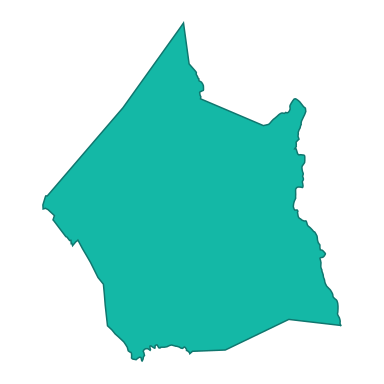 outline of Santo Domingo de Morelos, Oaxaca, Mexico
{"feature_id": "50627088B71726094382652", "entity_name": "Santo Domingo de Morelos", "entity_type": "district", "adm_level": 2, "iso_a3": "MEX", "parent_name": "Mexico", "parent_adm1": "Oaxaca", "projection": "equal_earth", "projection_center": [-96.614, 15.843], "detail": "fine", "context": "isolated", "style": "filled", "palette": "teal", "viewbox_px": 384, "rotation_deg": 0, "n_neighbors": 0, "source": "geoboundaries", "source_scale": "gbopen_adm2", "svg_char_len": 4271}
<svg xmlns="http://www.w3.org/2000/svg" viewBox="0 0 384 384"><path d="M305.4,108.2L304.9,107.7L304.1,107.2L303.0,106.0L302.0,104.7L300.9,103.3L299.9,102.0L298.5,100.7L296.4,99.2L295.5,98.8L294.2,99.0L292.9,100.6L291.4,102.9L290.1,105.3L289.9,106.5L290.2,109.0L289.4,110.9L288.4,112.3L287.0,112.9L286.3,112.6L285.7,112.4L285.2,112.8L284.3,113.4L283.4,113.2L282.6,113.0L281.4,113.1L280.2,113.7L278.8,114.7L277.1,116.3L275.0,118.1L273.3,119.4L271.5,121.3L270.3,122.8L268.6,124.4L263.4,125.6L200.5,98.8L200.7,97.9L200.8,96.6L200.1,95.3L199.8,93.5L199.6,92.6L199.8,92.1L200.7,91.6L202.5,90.7L203.3,90.4L203.5,89.8L203.5,88.0L203.4,85.8L203.0,84.7L202.5,83.7L201.5,82.2L200.4,81.5L199.5,81.1L199.0,80.7L198.9,80.1L198.9,78.9L197.8,77.7L197.6,76.7L196.3,74.5L196.2,73.7L196.4,72.8L195.9,71.7L189.1,63.9L183.5,23.0L178.3,30.4L171.7,39.6L123.0,107.7L47.3,195.9L45.8,195.9L45.4,196.7L42.9,204.9L43.1,209.0L45.5,208.3L48.0,209.6L54.4,215.6L53.0,219.9L53.3,220.1L65.8,236.6L67.0,237.1L69.6,240.5L70.9,240.3L71.2,243.6L71.8,243.4L72.6,245.7L73.2,244.9L74.5,243.4L75.3,242.4L76.2,241.5L77.3,240.8L77.9,240.1L82.5,248.7L86.8,256.0L90.5,262.4L98.0,277.5L103.4,284.2L104.3,293.7L105.2,304.9L106.4,315.9L107.5,325.8L111.9,329.9L115.2,334.0L118.4,336.8L123.8,341.9L125.9,345.0L126.1,345.4L127.3,347.3L127.9,349.6L128.2,350.8L129.8,352.0L130.7,352.3L130.8,352.3L131.2,352.9L131.5,353.6L131.6,355.4L131.6,356.6L131.5,357.7L131.5,358.0L131.8,358.3L132.4,358.9L133.1,359.2L134.1,359.3L136.1,359.7L137.6,358.4L139.4,357.2L140.4,357.3L141.0,357.6L141.7,360.7L142.1,361.0L142.7,360.0L143.1,359.0L143.4,357.1L143.9,356.2L144.5,355.5L143.8,352.5L143.2,351.3L143.6,350.2L145.5,348.7L147.7,348.7L148.8,349.3L150.1,350.3L150.5,349.7L150.0,347.8L149.9,346.4L150.2,345.9L151.1,346.0L152.7,347.1L154.2,348.0L154.8,348.2L155.0,347.9L155.1,346.6L155.1,345.7L155.6,345.3L156.8,344.8L157.3,345.2L158.0,346.4L158.7,347.7L159.5,348.0L160.4,347.8L160.4,347.5L161.1,347.2L164.4,347.2L167.1,346.7L168.7,345.9L169.9,345.4L170.8,345.2L171.5,345.0L173.3,345.5L174.7,345.9L175.7,346.2L177.0,346.3L179.4,347.1L180.9,348.1L182.4,348.4L183.1,348.0L183.9,347.2L184.6,347.0L185.3,347.6L186.4,349.1L186.5,350.5L187.4,350.7L188.7,351.9L189.4,352.4L189.8,353.7L192.5,351.3L225.3,350.0L288.8,319.4L305.0,321.3L340.5,325.4L341.1,326.1L340.0,323.4L340.2,321.3L340.0,320.0L339.4,317.9L337.7,314.8L337.5,313.3L337.8,312.2L338.0,308.6L338.0,306.1L337.7,303.2L337.1,301.2L336.8,300.5L336.1,299.7L334.9,298.8L333.4,297.3L333.0,296.5L332.8,294.8L332.4,293.5L331.5,291.8L330.4,290.0L326.6,286.1L326.1,285.0L325.6,284.1L324.9,282.3L324.5,279.9L324.2,279.0L323.5,277.3L323.3,275.9L323.2,274.9L322.9,274.0L322.7,273.2L322.3,272.2L321.9,271.1L321.9,270.0L321.1,268.1L320.8,266.7L320.9,264.0L321.0,262.8L320.5,260.3L320.0,258.8L320.0,258.4L320.0,258.1L320.4,257.8L321.0,257.6L322.4,257.4L323.4,256.9L324.4,255.8L325.3,254.2L325.4,253.8L325.0,253.0L323.3,251.1L322.2,250.2L320.7,249.9L320.3,249.8L320.2,249.2L319.9,247.6L319.9,245.3L319.7,244.5L319.1,244.0L318.8,243.3L318.4,243.0L318.1,242.2L317.5,240.1L317.3,237.7L317.0,236.0L316.2,234.5L315.5,233.2L314.6,231.9L313.7,231.6L312.4,230.0L310.3,227.8L308.1,226.0L307.4,224.9L306.7,222.5L306.3,221.4L305.9,220.9L304.4,221.0L303.6,220.8L301.6,219.9L300.6,218.9L299.7,218.5L299.1,218.0L298.3,216.7L298.1,215.9L297.5,212.5L297.9,211.2L297.6,210.6L297.0,209.9L296.2,210.1L294.8,210.0L294.0,208.9L293.3,206.6L293.4,205.8L293.5,204.7L293.8,202.9L294.5,200.8L295.2,199.3L295.7,198.2L295.6,197.4L295.6,196.0L295.7,194.8L295.6,190.5L295.7,189.0L296.5,187.9L297.2,187.3L298.5,187.0L300.5,187.1L301.8,187.4L302.5,187.5L302.9,186.9L303.0,185.6L302.7,183.6L302.3,181.9L302.7,180.8L303.3,179.9L303.4,179.1L303.3,178.2L303.0,177.5L302.6,176.3L303.2,174.4L303.2,173.3L302.5,171.6L302.1,169.5L301.9,167.4L302.2,166.1L303.8,163.8L304.6,162.6L304.8,160.7L304.8,157.2L304.7,156.2L304.5,155.6L303.9,155.1L302.2,154.9L300.5,154.7L298.9,154.9L298.2,154.4L297.6,153.7L297.0,151.7L296.1,148.9L294.7,148.8L296.3,146.6L296.2,145.4L296.3,144.4L296.1,142.2L297.5,140.6L299.0,139.2L298.0,136.3L298.1,135.1L298.3,134.1L298.2,132.3L299.2,129.6L300.1,128.0L300.5,126.0L301.2,124.5L301.1,123.1L301.5,121.2L302.2,119.7L303.5,116.9L304.6,114.7L305.8,111.5L305.4,108.2Z" fill="#14b8a6" stroke="#0f766e" stroke-width="1.5"/></svg>